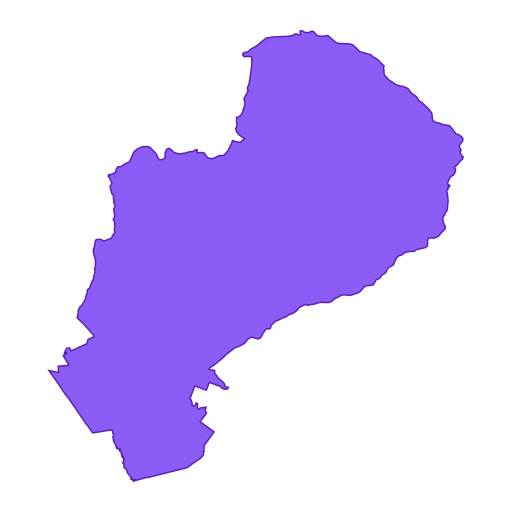 outline of Margina, Timis, Romania
{"feature_id": "2599482B95910170912575", "entity_name": "Margina", "entity_type": "district", "adm_level": 2, "iso_a3": "ROU", "parent_name": "Romania", "parent_adm1": "Timis", "projection": "mercator", "projection_center": [22.319, 45.898], "detail": "fine", "context": "isolated", "style": "filled", "palette": "violet", "viewbox_px": 512, "rotation_deg": 0, "n_neighbors": 0, "source": "geoboundaries", "source_scale": "gbopen_adm2", "svg_char_len": 6011}
<svg xmlns="http://www.w3.org/2000/svg" viewBox="0 0 512 512"><path d="M358.5,292.7L361.0,290.7L363.3,287.8L365.2,286.2L366.7,285.7L371.0,285.4L373.5,284.6L375.9,280.1L380.0,278.1L381.9,275.0L384.4,273.7L386.2,271.9L387.6,268.7L388.3,267.9L393.4,264.8L396.1,258.7L397.3,257.0L398.6,255.9L402.0,254.8L404.3,252.8L405.9,252.2L409.4,251.5L414.2,251.4L416.3,249.7L425.7,247.5L427.3,245.9L427.6,243.7L427.6,240.4L428.1,238.8L428.5,238.3L429.5,237.9L434.0,238.1L438.1,236.6L441.3,232.7L444.2,229.9L445.4,228.1L445.3,227.0L444.3,224.2L443.3,222.9L442.7,218.6L443.4,216.2L444.6,215.4L445.0,213.1L446.5,211.5L447.3,209.4L448.1,200.7L447.5,194.2L446.6,190.9L447.0,190.2L447.9,189.6L447.6,188.9L448.3,187.9L447.7,187.9L447.8,187.5L449.8,185.8L449.1,185.1L448.3,185.8L448.1,184.3L447.6,183.6L447.8,182.1L449.0,180.0L449.8,177.7L451.1,176.4L453.2,175.4L454.5,173.5L455.4,171.3L455.5,169.5L454.5,166.7L456.5,165.5L461.4,160.0L462.4,159.4L463.0,157.6L463.1,156.7L462.8,156.3L461.7,155.7L460.9,153.9L460.0,152.7L459.9,152.1L460.9,150.8L461.0,150.1L460.8,149.3L459.6,147.6L459.3,146.4L459.9,144.4L461.7,142.4L462.8,140.6L462.8,138.2L460.3,135.8L457.9,134.3L456.6,134.3L455.9,133.8L452.8,129.4L449.4,125.7L447.3,125.2L443.3,124.8L439.9,123.2L436.7,122.6L433.5,121.2L432.7,120.1L431.8,113.2L428.9,109.2L421.8,102.5L418.9,100.8L416.7,96.9L411.3,92.9L407.8,88.4L403.5,86.6L398.2,85.5L395.9,84.6L389.6,80.4L388.0,79.1L385.4,76.3L384.4,75.1L384.0,72.7L384.0,70.1L383.4,67.9L384.1,66.0L380.3,62.4L379.2,60.8L375.1,57.9L373.7,57.3L370.7,54.7L359.9,51.7L355.0,46.8L352.2,44.5L348.2,43.8L339.1,43.5L336.1,42.6L327.7,35.5L323.4,36.2L318.9,36.1L316.2,34.9L314.3,32.1L312.0,31.1L308.5,32.6L305.2,32.5L302.3,30.8L300.4,30.7L300.0,32.0L300.6,34.1L299.8,34.9L298.3,34.9L296.8,34.0L295.5,33.8L293.1,35.2L289.2,36.2L272.5,37.0L266.1,38.1L256.1,46.2L250.7,49.2L247.7,52.0L244.5,52.4L243.1,53.2L242.7,55.0L244.0,56.6L249.5,56.4L251.5,56.9L251.9,60.6L251.7,66.0L249.1,83.7L247.4,87.9L248.0,91.2L244.0,98.6L245.0,103.7L244.8,104.9L242.2,112.9L240.5,115.8L239.1,116.3L237.9,117.4L236.3,117.4L236.8,119.2L236.4,121.6L237.0,123.7L236.8,126.2L235.7,128.7L236.5,131.6L239.1,134.8L241.8,137.0L244.7,138.5L241.8,140.8L240.8,142.4L237.0,141.9L232.6,140.6L232.2,141.2L232.1,142.2L228.8,149.1L227.8,150.9L225.1,154.0L224.7,154.9L223.4,155.5L220.4,155.5L218.4,155.9L213.2,158.6L209.2,158.3L207.6,157.6L206.2,156.1L204.9,153.7L203.9,152.9L202.1,152.5L197.1,152.7L197.2,149.9L195.6,149.9L192.6,151.6L189.5,151.7L184.7,153.2L178.9,153.9L173.9,152.5L172.3,150.7L169.2,148.3L168.2,148.5L166.8,149.3L166.1,150.3L165.1,153.0L165.2,156.3L164.8,157.9L162.7,159.6L159.5,159.8L158.5,158.6L156.1,153.8L150.5,147.8L148.1,146.5L142.4,146.7L138.1,148.5L134.4,151.4L133.4,153.0L129.5,161.8L124.4,164.1L120.9,166.7L117.8,166.8L116.4,169.0L115.3,172.6L111.5,174.1L109.3,175.3L108.8,175.4L108.7,174.7L108.5,174.9L108.3,176.4L109.8,178.5L110.2,179.9L111.8,183.0L111.5,184.4L110.0,186.6L111.8,193.6L113.4,195.6L113.8,202.9L114.7,204.3L115.0,205.4L114.8,207.1L113.8,208.6L113.6,209.7L114.4,213.1L114.7,215.6L114.5,217.0L113.5,218.8L113.3,219.8L114.6,221.8L114.8,225.8L114.3,229.8L114.8,232.6L112.5,235.5L111.4,238.4L109.2,238.9L103.8,241.2L101.3,239.6L99.6,239.2L96.2,239.7L95.6,240.5L95.0,242.3L94.9,244.8L93.5,249.4L93.3,250.9L93.5,253.0L95.4,259.8L95.5,261.5L95.4,266.9L94.5,268.8L94.9,269.8L95.1,271.7L93.7,276.7L93.5,278.9L90.8,284.3L89.7,287.9L87.3,290.0L87.2,293.0L85.7,296.7L85.4,299.0L84.4,301.1L81.7,305.4L79.5,307.6L78.6,309.6L78.2,310.7L78.2,313.1L77.2,317.2L77.3,317.9L84.2,324.6L92.5,334.0L93.6,335.4L94.0,337.7L93.6,336.9L88.0,339.5L87.0,343.6L71.0,351.0L70.0,348.3L69.6,348.1L66.9,348.1L65.3,350.8L64.3,353.3L65.0,353.6L65.9,352.5L66.5,352.8L66.7,353.4L66.4,353.9L63.2,355.6L68.7,364.8L68.4,365.4L58.2,366.2L58.5,372.5L48.9,370.5L58.9,384.6L63.1,391.1L66.2,395.5L68.2,397.8L86.3,424.2L88.0,426.2L92.7,432.9L112.1,429.8L113.6,435.9L112.9,436.8L113.7,441.6L115.3,443.9L115.7,445.7L116.5,446.4L116.3,447.6L116.8,448.6L117.1,448.7L117.6,448.2L118.1,448.6L118.6,448.4L120.1,449.1L119.3,449.4L119.3,449.9L120.1,450.1L119.7,451.2L121.2,452.2L121.3,453.2L121.9,454.1L121.5,454.7L122.7,456.1L121.8,456.1L121.8,456.4L122.9,456.7L123.0,456.9L122.8,457.2L123.4,457.4L123.3,458.4L123.9,458.4L124.0,459.5L123.6,459.9L123.0,462.7L123.6,462.9L123.6,463.3L123.2,463.6L123.8,463.9L124.2,465.3L123.9,466.6L124.4,468.0L125.5,468.4L126.7,469.9L127.0,471.6L127.7,473.2L131.1,477.4L131.2,477.8L130.9,478.0L132.0,478.9L132.0,479.2L131.6,479.4L133.1,479.9L133.1,481.0L133.4,481.3L134.2,480.6L134.1,480.1L134.5,479.8L134.7,480.0L135.4,479.6L135.5,480.5L145.2,477.8L149.3,477.1L185.9,468.0L187.9,467.2L193.4,463.0L200.7,458.2L203.1,455.4L203.4,454.5L203.3,453.0L203.7,452.1L204.3,451.5L203.8,450.6L204.3,445.2L214.1,431.9L200.1,421.6L206.5,413.3L205.2,409.8L206.1,407.2L200.2,408.0L199.3,409.1L198.4,409.3L197.8,408.8L197.6,408.1L197.4,406.3L197.5,403.4L196.9,403.1L196.0,403.2L195.7,403.6L195.4,405.1L195.0,405.5L193.0,405.9L192.3,405.6L192.0,405.1L192.4,403.6L192.0,402.9L191.6,401.3L191.3,400.8L191.0,399.7L189.7,398.0L190.9,396.3L194.8,385.9L206.3,390.2L209.2,382.6L209.5,382.5L220.8,386.6L221.7,388.1L225.1,389.4L227.1,389.2L228.3,387.4L226.3,387.2L225.2,386.0L224.6,385.9L224.6,384.4L223.6,382.6L217.6,377.5L217.3,376.5L215.4,374.1L214.8,373.8L214.7,371.4L214.5,370.4L213.8,370.1L211.5,370.2L208.8,369.1L208.8,368.8L209.4,368.6L209.6,368.0L214.2,364.9L223.6,357.2L226.4,354.3L234.6,348.0L240.5,345.6L244.6,343.3L246.8,340.4L248.8,338.4L250.9,337.3L252.0,337.2L257.5,338.9L259.6,338.4L261.3,336.7L263.2,332.8L264.4,331.4L265.4,329.6L266.9,328.7L269.5,328.9L270.7,327.7L270.7,326.6L271.2,325.2L273.4,323.3L274.7,321.6L280.3,319.2L281.9,318.2L286.1,316.8L289.3,314.4L292.3,313.7L295.8,311.4L297.7,309.6L298.8,307.8L302.2,305.9L305.7,304.6L306.2,304.5L307.8,305.2L309.3,305.1L311.3,304.4L313.8,304.3L317.4,302.9L322.5,302.2L325.6,302.6L329.3,302.4L331.9,301.2L334.4,299.0L341.7,295.1L344.0,294.8L348.0,295.2L351.4,295.1L358.5,292.7Z" fill="#8b5cf6" stroke="#5b21b6" stroke-width="1.5"/></svg>